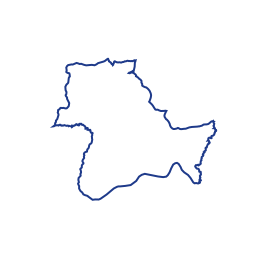 the district of Paya, Boyacá, Colombia, rotated 56°
{"feature_id": "7082276B35897669822382", "entity_name": "Paya", "entity_type": "district", "adm_level": 2, "iso_a3": "COL", "parent_name": "Colombia", "parent_adm1": "Boyacá", "projection": "albers", "projection_center": [-72.391, 5.626], "detail": "fine", "context": "isolated", "style": "outline", "palette": "blue", "viewbox_px": 256, "rotation_deg": 56, "n_neighbors": 0, "source": "geoboundaries", "source_scale": "gbopen_adm2", "svg_char_len": 5685}
<svg xmlns="http://www.w3.org/2000/svg" viewBox="0 0 256 256"><g transform="rotate(56 128 128)"><path d="M84.9,188.9L85.1,188.5L85.3,186.8L85.6,186.1L86.4,184.8L87.1,184.2L86.9,183.8L87.2,182.6L87.6,182.2L88.0,182.3L88.2,182.0L88.6,182.0L88.9,181.8L89.4,181.0L89.4,180.6L89.9,180.1L90.0,179.2L91.8,177.8L92.1,176.9L92.8,176.4L93.2,176.3L93.1,175.8L94.4,174.7L94.9,173.9L94.7,173.2L95.1,173.2L95.5,173.9L95.9,174.0L95.9,173.6L95.6,172.9L95.7,172.7L95.7,172.1L96.0,171.5L95.8,171.0L96.1,170.7L96.2,170.2L95.9,169.3L95.9,168.7L96.3,168.3L97.3,168.3L97.7,167.7L98.1,167.6L98.4,167.3L98.3,166.7L97.7,166.7L97.4,166.4L97.6,165.4L98.1,165.0L98.5,164.3L99.8,164.3L100.3,163.4L101.1,163.3L102.1,162.8L103.2,162.7L103.6,163.0L104.2,163.1L104.5,163.5L104.8,163.7L105.1,163.3L105.2,162.7L104.9,162.3L105.3,161.6L105.7,161.5L106.9,162.5L107.5,161.6L108.2,161.4L108.2,160.7L108.4,160.4L108.7,160.4L110.8,161.3L111.5,161.1L112.0,160.7L112.1,160.3L112.4,160.2L112.7,160.4L112.9,161.0L114.2,161.9L114.4,162.3L114.7,162.7L115.8,163.2L116.4,163.6L117.6,164.1L119.8,166.3L120.2,167.2L120.1,168.0L120.2,169.1L120.9,170.1L121.7,170.8L122.5,171.8L122.8,172.5L123.0,173.7L124.6,175.2L124.6,175.5L124.2,176.2L124.1,177.7L124.4,178.5L124.7,178.9L125.0,179.2L126.2,179.4L126.8,180.4L128.3,181.1L129.1,183.2L129.9,184.3L130.7,184.5L132.0,184.5L132.4,184.7L132.6,185.0L132.7,186.0L133.1,187.1L134.9,188.4L135.2,190.1L135.4,190.6L136.5,190.8L138.2,191.5L138.8,192.0L139.5,193.2L140.9,193.8L141.2,194.2L141.4,195.4L141.6,195.9L141.8,196.9L143.3,198.2L145.5,199.0L146.0,200.2L146.2,200.5L146.8,200.7L148.9,201.0L150.7,202.3L151.8,202.5L153.8,202.6L155.8,202.0L158.1,202.1L159.6,201.2L161.7,199.5L162.4,199.4L167.7,197.5L168.9,195.1L170.9,192.3L171.3,190.4L171.2,183.0L170.2,173.6L170.6,170.0L171.1,168.5L172.0,167.2L174.5,162.6L176.8,157.7L176.5,150.8L174.5,146.0L174.5,142.8L175.4,139.7L185.0,130.2L188.4,126.3L189.7,123.5L189.4,121.4L188.0,118.3L185.6,114.7L183.6,111.0L183.6,108.6L184.3,106.9L186.1,106.1L189.7,106.2L192.8,106.8L196.2,106.2L200.5,104.5L204.2,104.1L209.5,104.3L211.0,103.8L211.8,102.2L213.2,100.9L213.6,99.3L213.5,98.9L213.3,98.7L213.0,98.7L212.6,99.2L212.0,98.3L211.6,98.1L212.1,97.5L212.2,96.9L211.9,96.8L211.3,97.3L210.6,97.2L209.7,95.8L209.5,95.7L208.9,95.8L208.6,95.4L207.9,95.2L207.6,94.7L207.5,93.7L206.9,93.2L206.2,93.1L205.3,92.3L205.0,92.3L204.6,92.9L204.2,93.3L203.7,93.2L202.8,92.6L201.3,92.4L200.2,93.6L198.5,93.9L197.3,93.7L197.0,93.1L196.8,92.4L197.2,92.0L197.5,90.9L197.8,90.7L198.4,90.6L198.5,90.3L198.5,90.0L198.1,89.5L198.5,88.6L198.3,87.7L198.1,87.5L197.0,87.0L196.6,86.6L196.1,86.1L195.9,85.2L194.8,84.7L194.5,83.9L193.4,83.3L193.2,82.8L193.2,81.7L192.9,81.1L192.7,80.8L191.8,80.8L191.5,80.4L191.6,79.8L191.3,79.3L190.4,78.7L190.8,78.0L190.0,77.5L190.1,76.4L190.0,76.0L189.4,75.7L188.9,75.2L188.2,75.1L187.8,74.6L188.1,73.5L187.5,73.0L186.1,70.9L186.3,70.1L185.8,69.7L185.7,69.5L186.0,68.9L185.9,68.5L185.5,68.3L184.8,68.5L183.9,68.1L183.5,68.1L183.2,68.3L183.0,68.8L182.7,68.1L181.5,67.2L181.4,66.2L181.7,65.7L183.0,64.8L183.1,64.4L182.7,64.1L181.8,63.8L181.4,63.2L181.9,61.7L181.7,60.2L181.3,60.0L180.9,59.3L180.5,59.1L180.4,58.5L179.7,57.9L179.7,57.4L179.0,57.0L179.5,56.4L179.4,56.3L178.9,56.1L178.5,56.4L178.0,56.5L177.0,56.2L176.8,56.5L176.5,56.5L176.2,56.9L176.1,56.3L176.0,56.1L174.6,56.0L174.3,55.7L174.1,55.9L173.9,55.8L173.6,55.1L172.7,54.1L171.4,54.1L170.8,53.9L170.7,53.4L170.4,53.7L169.8,53.5L169.8,54.0L169.2,55.2L169.6,58.6L169.5,59.5L168.9,60.9L167.6,63.0L167.4,63.6L167.4,65.4L166.4,68.3L166.1,68.6L165.7,69.6L162.9,74.4L161.8,76.8L160.9,80.5L160.0,82.0L159.1,83.8L158.6,84.7L157.7,85.6L156.3,86.2L155.8,86.7L155.7,87.9L154.9,89.9L154.2,90.9L153.2,91.5L151.4,91.9L150.7,91.9L149.1,91.6L147.8,91.1L145.3,90.8L142.8,91.1L142.0,91.5L139.2,91.4L138.0,90.8L137.3,90.0L136.1,88.1L135.3,86.6L134.6,87.3L133.8,88.9L132.3,91.2L130.9,92.3L129.8,92.9L129.3,93.3L128.6,94.5L127.9,95.0L125.6,95.0L123.7,94.9L121.9,95.0L118.1,95.8L117.9,95.3L115.9,92.6L115.2,91.8L113.7,90.5L112.0,89.8L109.2,89.3L107.0,89.5L104.7,90.1L103.7,91.0L102.6,91.7L101.8,92.1L100.8,92.5L99.4,91.6L98.6,91.6L98.1,91.4L97.7,91.4L97.4,91.1L96.5,90.5L94.9,90.6L93.5,91.2L91.9,91.4L90.8,91.9L89.8,92.0L89.5,92.4L88.9,91.9L88.0,91.8L85.9,92.5L84.8,92.3L84.6,92.5L84.7,93.3L84.1,93.9L83.9,94.3L83.7,94.6L83.6,95.8L83.4,95.9L83.3,96.2L82.9,96.6L82.8,96.1L83.3,95.6L83.1,94.8L83.6,93.4L83.4,92.9L83.5,92.5L83.4,92.1L83.9,91.6L83.9,91.4L80.9,88.2L77.3,85.5L77.2,85.0L76.2,83.9L76.1,84.2L75.5,84.7L75.4,85.0L75.2,86.8L74.6,87.3L74.3,88.2L73.5,89.0L73.0,89.9L72.7,90.1L71.9,90.9L71.5,92.6L70.9,93.4L70.8,94.7L70.3,95.6L69.9,97.2L68.9,98.1L68.2,99.4L67.4,100.4L66.1,101.3L65.5,101.5L65.2,101.9L65.4,102.6L66.4,103.6L66.6,104.3L67.3,104.9L67.4,105.4L66.7,105.2L66.3,105.3L66.3,105.5L66.0,105.8L64.7,105.6L64.3,105.8L64.0,105.7L62.1,106.5L61.4,106.1L60.7,106.2L60.0,105.9L59.5,105.8L59.4,105.9L59.3,106.7L59.5,109.6L59.3,111.0L57.5,116.5L57.6,118.6L57.3,120.6L55.4,122.7L52.7,127.6L51.1,129.1L48.6,130.9L47.9,132.3L46.3,133.4L45.3,134.3L44.5,138.3L43.7,139.3L42.4,142.4L42.6,143.9L43.4,145.4L45.9,146.6L47.0,147.8L48.4,147.4L49.5,146.3L49.9,146.1L50.9,146.4L51.7,146.9L52.5,147.2L52.8,147.5L52.9,148.2L53.4,149.1L57.0,152.2L57.3,153.0L57.6,154.8L58.8,156.9L61.8,158.6L63.8,158.9L65.3,160.1L65.6,160.5L65.8,161.2L66.0,161.4L66.7,161.6L68.4,161.5L68.9,161.6L69.7,162.2L74.4,162.8L74.7,163.0L76.3,164.5L76.8,165.1L77.4,167.6L77.2,168.3L76.8,168.9L75.2,170.3L74.7,171.3L73.7,172.5L73.7,173.4L74.2,174.3L74.0,175.4L74.1,176.0L75.3,176.8L75.9,177.6L77.6,177.9L78.4,178.4L81.0,181.6L81.6,183.6L82.7,184.4L83.3,185.8L84.1,186.2L84.6,186.8L84.8,187.4L84.9,188.9Z" fill="none" stroke="#1e3a8a" stroke-width="2"/></g></svg>